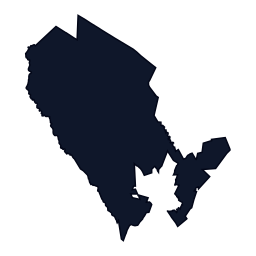 Umguza, Matabeleland North, Zimbabwe (Equal Earth projection)
{"feature_id": "62879985B92853728292751", "entity_name": "Umguza", "entity_type": "district", "adm_level": 2, "iso_a3": "ZWE", "parent_name": "Zimbabwe", "parent_adm1": "Matabeleland North", "projection": "equal_earth", "projection_center": [27.996, -19.86], "detail": "fine", "context": "isolated", "style": "filled", "palette": "ink", "viewbox_px": 256, "rotation_deg": 0, "n_neighbors": 0, "source": "geoboundaries", "source_scale": "gbopen_adm2", "svg_char_len": 5731}
<svg xmlns="http://www.w3.org/2000/svg" viewBox="0 0 256 256"><path d="M56.0,26.5L35.3,45.8L34.7,45.3L34.4,44.8L34.0,44.7L33.4,45.1L32.4,45.4L31.8,46.0L31.1,45.7L30.9,45.7L30.2,46.8L29.3,47.6L28.9,47.6L28.5,47.1L28.1,47.3L28.3,47.9L28.7,48.2L29.1,48.8L29.2,49.1L28.7,49.6L28.2,49.8L27.6,51.2L27.1,51.6L26.7,52.5L25.7,53.4L25.7,54.0L25.9,55.1L25.9,56.4L26.2,57.6L26.4,57.8L27.3,58.2L27.7,59.3L27.9,59.7L28.5,60.0L29.0,59.8L29.5,59.8L29.7,60.1L29.7,61.3L29.3,62.8L29.9,65.0L28.7,68.1L28.5,68.5L28.4,69.6L28.6,70.3L28.9,70.7L31.1,71.9L31.3,72.3L31.3,72.6L31.0,73.2L29.7,74.1L29.2,74.9L28.9,76.2L28.9,78.8L28.5,79.9L28.5,81.4L27.9,84.2L27.0,86.2L26.3,87.3L26.2,87.7L26.2,88.1L26.4,88.5L27.1,89.3L27.8,89.6L28.1,89.9L28.4,90.7L29.0,91.3L29.1,91.9L28.8,92.9L28.8,93.7L28.9,93.9L30.2,94.5L30.5,94.8L30.6,95.2L30.1,96.2L30.1,96.7L30.4,97.4L31.3,98.8L31.8,99.0L32.1,99.0L32.3,99.1L32.4,99.3L32.5,100.0L33.3,100.0L33.6,99.6L33.8,99.6L35.0,102.4L35.6,103.1L36.8,103.2L37.3,103.7L37.3,105.0L36.9,105.8L37.0,106.5L36.9,107.1L37.0,107.6L37.4,108.0L38.9,108.4L39.4,108.6L39.5,109.0L39.5,109.6L39.3,110.5L39.5,111.0L40.0,110.9L40.4,110.5L40.7,110.5L41.6,111.5L41.9,112.1L41.4,112.9L41.3,113.5L41.5,113.7L41.9,113.7L42.3,113.8L42.3,114.4L42.0,115.1L42.0,115.5L42.2,115.9L43.5,115.8L43.9,115.2L44.2,115.1L45.7,116.4L46.5,116.5L47.2,116.1L48.2,116.7L49.4,116.6L49.7,116.8L49.6,118.3L50.2,119.5L50.3,120.9L50.5,121.5L50.4,122.0L50.5,122.6L50.9,123.1L51.5,123.4L51.7,123.6L51.7,124.1L50.9,124.8L50.7,125.2L50.7,125.9L51.0,126.5L52.3,127.9L52.9,128.8L53.2,130.3L53.1,132.2L53.3,133.1L53.3,133.5L53.6,134.2L54.6,135.4L55.1,135.6L56.1,135.4L57.0,135.5L57.5,135.8L58.0,136.6L58.2,137.9L58.5,139.6L59.0,140.4L59.2,141.0L59.1,141.9L59.1,143.0L59.2,143.4L60.4,144.8L60.8,145.5L60.8,146.4L60.6,146.9L60.7,147.8L61.3,148.3L61.5,148.2L61.7,147.8L61.9,147.8L62.3,148.2L62.7,149.1L63.0,149.3L63.5,149.4L64.1,148.9L64.5,148.9L65.0,149.2L65.2,149.7L64.7,150.8L64.6,151.2L64.8,151.6L65.4,152.5L66.1,153.1L66.7,153.9L67.0,153.8L67.2,153.3L67.4,153.1L69.3,154.0L70.0,154.1L70.1,154.4L70.1,155.0L71.6,155.1L71.9,155.4L72.9,157.3L73.8,158.4L74.6,159.0L74.8,159.5L80.5,168.9L83.4,170.8L87.4,174.9L88.0,176.2L88.0,176.4L88.5,178.8L88.9,178.8L89.6,182.1L90.9,184.5L91.1,184.5L91.5,184.3L91.8,184.3L92.3,184.5L93.0,185.3L93.3,185.3L93.6,184.9L93.8,184.9L94.4,185.4L95.3,185.6L96.1,186.1L97.0,186.2L97.6,186.5L97.9,187.0L98.1,187.3L98.1,188.8L97.7,190.3L97.8,190.9L97.9,191.1L98.7,191.5L99.3,192.2L99.5,193.1L100.7,195.9L100.8,196.4L101.9,199.0L103.0,200.5L103.2,201.6L103.3,201.8L103.9,202.2L104.9,202.5L105.3,203.0L105.5,203.6L105.6,205.4L106.2,206.1L107.6,207.3L107.7,207.6L107.9,210.3L108.3,210.7L109.4,211.2L111.3,212.7L111.8,213.3L111.8,214.6L112.1,215.1L113.1,215.7L114.1,216.1L114.6,216.5L114.8,216.9L116.0,219.6L116.6,220.4L116.8,221.7L117.2,222.8L118.5,220.6L121.4,239.0L123.3,240.6L125.5,234.5L126.0,233.6L127.1,230.1L129.5,225.5L131.1,224.5L131.3,224.5L133.2,225.3L135.0,225.7L137.7,225.2L139.2,223.0L139.2,222.7L142.6,219.0L143.1,217.7L144.1,216.4L144.4,215.5L144.7,215.2L144.8,215.3L146.3,212.6L148.9,212.3L151.7,204.6L150.9,203.3L149.5,202.0L148.3,202.2L147.5,201.9L147.1,202.3L146.7,202.4L146.3,202.3L148.1,197.8L138.1,194.9L138.0,195.4L138.2,195.7L139.1,196.0L139.2,196.6L139.0,197.0L139.5,197.7L139.9,199.4L132.4,197.7L130.7,194.0L137.5,194.0L135.4,189.2L132.3,189.7L133.5,186.1L135.4,186.1L134.3,163.6L136.2,165.4L136.8,165.8L138.1,166.3L138.8,167.1L140.5,168.6L141.7,170.2L142.7,171.9L144.3,175.3L151.7,172.8L151.7,169.2L154.7,166.3L155.2,166.6L155.7,167.5L156.0,167.5L156.5,168.7L157.3,169.2L157.5,169.5L157.6,169.9L157.4,170.6L158.5,172.2L158.6,169.5L161.6,166.0L161.9,165.8L161.9,165.5L162.5,163.9L167.5,150.9L173.5,160.4L178.1,163.2L177.6,164.9L176.6,165.8L174.7,170.5L174.6,172.5L174.1,173.4L173.8,174.4L173.5,174.9L177.6,174.7L176.4,178.4L176.6,178.6L176.3,179.5L175.7,179.5L175.8,182.0L174.8,184.9L175.0,185.1L175.5,184.5L176.1,184.5L177.8,185.0L178.8,184.9L179.0,185.2L174.8,193.8L176.9,196.1L176.8,196.6L177.0,196.8L177.8,197.4L178.7,197.1L178.8,197.2L178.6,197.6L178.1,198.0L179.1,199.1L178.6,199.9L178.8,200.3L180.3,201.3L182.3,202.3L182.4,204.9L181.8,204.8L181.3,206.1L180.5,207.5L180.3,209.0L178.5,207.8L178.4,207.9L178.3,208.8L176.7,209.3L177.0,210.1L177.1,211.8L176.6,212.5L174.6,210.3L173.0,210.3L172.5,211.1L172.2,210.8L171.9,211.0L170.7,211.2L170.7,211.5L168.9,211.5L168.9,211.2L167.6,211.2L167.1,210.5L170.1,214.9L171.7,217.5L175.7,222.8L177.7,226.4L186.6,219.0L186.5,218.8L186.8,218.6L185.2,216.2L190.0,209.0L191.7,207.7L193.8,199.8L196.5,191.6L194.2,191.0L194.7,190.2L195.4,190.6L195.7,189.7L195.2,189.4L196.1,187.7L198.2,186.9L198.5,188.9L209.7,176.6L202.3,169.5L215.6,168.5L226.7,153.4L230.3,149.8L230.2,149.9L225.2,137.6L211.5,139.4L211.7,140.6L203.3,143.2L202.1,152.3L197.7,153.4L196.4,159.4L195.8,159.4L192.1,153.2L190.1,153.9L190.1,154.1L187.7,155.4L186.8,156.7L185.9,158.2L183.5,159.2L178.3,149.6L175.6,151.3L174.6,147.3L174.1,147.6L172.3,144.9L172.7,144.7L172.9,143.2L173.5,143.0L173.4,142.6L172.1,142.3L170.7,143.1L170.2,142.6L170.7,141.7L170.4,140.3L169.8,140.1L169.8,139.3L168.4,139.5L168.2,138.7L169.0,138.1L169.7,137.8L169.9,137.3L169.3,137.4L169.2,136.5L168.3,136.7L167.4,135.5L167.9,134.6L168.1,133.6L167.9,132.7L166.3,132.2L165.8,132.9L165.4,131.4L166.1,131.0L166.0,130.7L166.0,130.1L165.1,130.2L163.8,128.0L164.5,127.1L162.7,125.4L162.0,125.9L161.6,125.4L161.0,125.3L160.9,122.2L157.9,122.0L154.0,115.5L158.2,97.4L155.5,95.6L155.9,95.6L149.7,87.4L149.0,86.2L148.5,84.7L148.5,82.1L149.7,80.2L155.7,67.7L149.5,62.8L140.8,55.8L136.8,52.1L133.2,49.2L114.3,37.9L101.2,29.8L99.1,28.4L90.0,22.8L86.1,20.2L78.1,15.4L77.1,39.8L73.9,37.9L66.0,32.7L65.6,32.6L56.0,26.5Z" fill="#0f172a" stroke="#020617" stroke-width="1.5"/></svg>